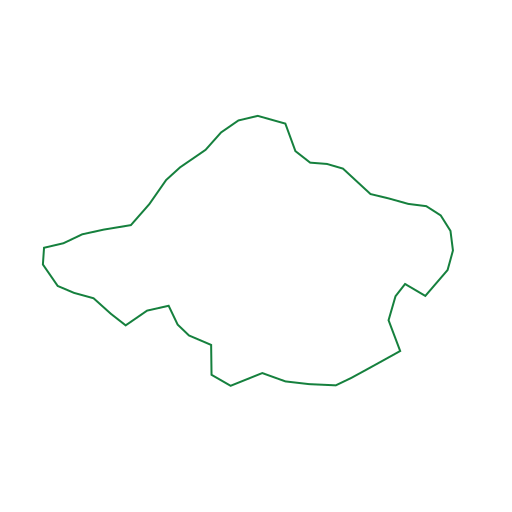 the district of Kioneli, Cyprus, rotated 308°
{"feature_id": "46923920B14813142167534", "entity_name": "Kioneli", "entity_type": "district", "adm_level": 2, "iso_a3": "CYP", "parent_name": "Cyprus", "parent_adm1": "", "projection": "albers", "projection_center": [33.295, 35.224], "detail": "fine", "context": "isolated", "style": "outline", "palette": "green", "viewbox_px": 512, "rotation_deg": 308, "n_neighbors": 0, "source": "geoboundaries", "source_scale": "gbopen_adm2", "svg_char_len": 787}
<svg xmlns="http://www.w3.org/2000/svg" viewBox="0 0 512 512"><g transform="rotate(308 256 256)"><path d="M138.1,315.9L167.6,333.0L175.3,356.4L187.7,376.7L203.2,398.5L218.7,406.2L240.5,415.6L269.9,428.1L287.0,400.0L310.2,390.7L325.7,390.7L328.8,414.0L362.9,415.6L371.6,412.0L381.6,407.8L395.5,393.8L401.7,376.6L400.1,359.5L390.8,343.9L383.1,325.2L375.3,308.1L378.4,270.7L372.2,255.2L362.9,241.2L362.9,222.5L378.4,197.6L376.9,194.0L367.5,171.1L352.0,158.7L331.9,152.4L308.6,150.9L279.2,141.6L260.6,138.4L231.2,140.0L203.3,138.4L183.1,119.8L166.1,105.7L147.5,96.4L132.0,83.9L118.1,93.3L110.3,118.2L114.9,135.3L122.7,154.0L121.1,177.3L121.1,196.0L145.9,203.8L163.0,217.8L153.7,236.5L152.1,252.1L158.3,275.4L135.0,294.1L138.1,315.9Z" fill="none" stroke="#15803d" stroke-width="2"/></g></svg>